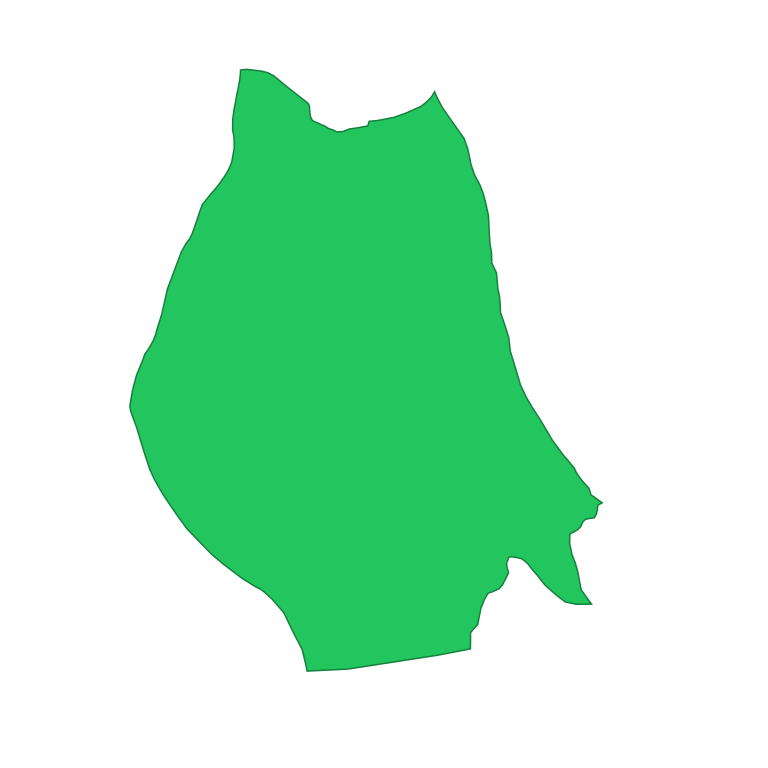 the district of Kaysone Phomvihane, Savannakhét, Laos, rotated 11°
{"feature_id": "54806243B84595841762541", "entity_name": "Kaysone Phomvihane", "entity_type": "district", "adm_level": 2, "iso_a3": "LAO", "parent_name": "Laos", "parent_adm1": "Savannakhét", "projection": "mercator", "projection_center": [104.87, 16.59], "detail": "fine", "context": "isolated", "style": "filled", "palette": "green", "viewbox_px": 768, "rotation_deg": 11, "n_neighbors": 0, "source": "geoboundaries", "source_scale": "gbopen_adm2", "svg_char_len": 2626}
<svg xmlns="http://www.w3.org/2000/svg" viewBox="0 0 768 768"><g transform="rotate(11 384 384)"><path d="M620.8,459.0L611.3,454.6L608.6,453.5L608.4,453.4L605.2,447.4L596.8,441.0L592.5,437.2L589.3,433.7L587.0,430.5L578.7,423.5L573.7,419.7L569.5,415.8L559.8,406.9L553.7,399.9L544.0,389.1L533.4,378.0L525.6,369.1L518.1,358.8L511.0,345.1L501.6,327.4L497.6,314.6L489.3,299.4L484.8,291.8L482.4,282.1L480.5,275.4L477.7,269.2L475.6,261.7L473.7,255.1L473.1,253.3L466.6,244.5L466.3,242.8L466.3,242.6L466.2,242.1L464.3,234.0L461.3,226.2L458.3,214.8L454.5,199.0L452.1,193.4L448.5,185.1L445.2,178.4L440.2,170.3L432.7,161.1L427.2,151.3L425.5,146.9L421.3,137.1L415.8,127.7L410.5,122.7L400.6,113.2L389.0,102.0L381.9,93.3L377.9,87.5L375.9,93.0L371.9,99.1L367.0,104.7L352.6,114.7L343.0,120.3L327.7,126.5L319.3,129.0L318.8,133.8L313.9,135.7L309.2,137.6L304.5,139.2L301.8,140.1L298.2,142.3L295.2,144.2L293.2,144.5L289.3,145.6L285.5,144.3L282.2,144.0L279.7,143.4L277.0,142.1L273.2,141.5L270.5,140.7L267.1,140.0L264.5,139.4L263.2,138.7L261.6,136.7L260.3,134.5L258.8,129.5L257.7,125.3L256.0,123.0L233.3,111.4L217.3,102.7L211.0,100.7L204.4,100.2L189.2,101.3L183.2,103.2L183.6,105.3L184.2,110.8L184.4,116.6L184.4,123.4L184.3,128.9L184.5,137.0L184.4,143.3L185.0,153.0L186.8,163.1L189.7,170.4L192.0,181.4L192.2,194.9L191.4,199.3L190.4,203.7L189.1,207.5L187.4,211.7L184.6,217.9L182.3,222.6L180.1,226.6L177.5,230.9L175.3,235.2L173.3,239.0L172.8,239.9L171.5,242.5L171.4,242.8L170.0,251.4L169.4,257.0L167.8,267.9L167.0,273.1L165.5,278.6L162.9,283.8L159.9,292.9L153.3,331.9L152.5,357.9L150.7,374.1L150.3,379.5L149.3,385.0L147.6,390.4L145.8,395.4L143.5,400.5L142.8,405.8L139.4,422.4L138.3,438.4L138.6,449.6L138.8,454.8L141.1,460.1L149.6,474.1L154.8,484.0L162.3,498.1L170.3,512.3L176.8,521.4L187.2,533.6L194.9,541.4L206.7,553.1L218.3,563.8L247.2,584.0L260.7,591.5L281.6,601.8L296.9,607.7L302.1,609.0L306.9,611.5L315.3,616.6L329.4,627.7L341.6,644.2L354.3,660.2L360.7,674.1L363.3,680.5L402.7,670.8L488.9,639.8L519.4,627.5L516.4,611.4L521.9,602.1L521.9,594.0L521.9,585.9L523.8,576.0L526.3,569.2L530.0,567.3L536.1,563.0L538.6,558.6L540.5,552.4L542.3,545.6L539.2,539.3L538.6,535.6L539.1,533.5L539.3,531.0L541.2,529.3L547.0,529.1L551.0,529.1L553.5,529.6L558.9,532.6L564.9,537.8L572.3,543.6L572.5,543.8L580.0,550.4L592.8,558.0L599.3,561.3L603.4,563.3L614.4,563.6L629.7,560.5L625.2,556.3L621.0,552.3L616.9,548.5L613.5,540.1L610.1,531.5L605.9,523.1L601.0,515.4L596.5,504.6L595.1,495.9L601.7,490.3L604.2,486.8L605.6,481.2L607.6,478.4L611.8,476.6L616.0,475.2L617.4,471.0L617.4,466.5L617.0,462.3L620.8,459.0Z" fill="#22c55e" stroke="#15803d" stroke-width="1.5"/></g></svg>